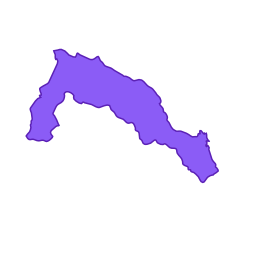 the border of Xaignabouri, rotated 295°
{"feature_id": "LAO-3278", "entity_name": "Xaignabouri", "entity_type": "Province", "adm_level": 1, "iso_a3": "LAO", "parent_name": "Laos", "parent_adm1": "", "projection": "natural_earth1", "projection_center": [101.237, 18.696], "detail": "fine", "context": "isolated", "style": "filled", "palette": "violet", "viewbox_px": 256, "rotation_deg": 295, "n_neighbors": 0, "source": "natural_earth", "source_scale": "10m", "svg_char_len": 4274}
<svg xmlns="http://www.w3.org/2000/svg" viewBox="0 0 256 256"><g transform="rotate(295 128 128)"><path d="M76.5,44.8L76.1,44.2L75.8,43.1L76.1,41.6L77.7,39.1L79.9,39.5L82.9,40.4L85.2,40.3L87.4,39.8L89.5,38.3L91.0,38.4L92.4,37.8L93.1,37.4L93.7,37.3L94.7,37.6L95.6,37.4L96.2,37.1L101.0,34.0L102.0,32.9L103.2,31.8L104.0,31.3L105.0,31.2L113.3,32.7L116.5,33.8L118.9,35.9L119.1,35.3L119.6,34.6L119.8,34.2L120.3,34.2L121.2,35.4L122.3,34.9L124.0,33.1L125.7,31.7L126.3,31.4L127.2,31.5L127.9,31.9L128.5,32.3L129.8,33.1L134.3,36.4L135.9,36.9L156.5,36.8L159.0,36.1L160.5,34.2L159.7,33.5L160.6,32.6L162.1,31.8L163.1,31.4L163.8,31.0L165.8,28.8L166.6,28.1L168.1,30.2L169.1,31.6L170.2,32.8L171.0,34.3L171.1,38.2L169.9,41.9L169.2,43.4L169.3,48.3L170.1,50.4L172.0,50.5L174.0,50.3L174.6,50.8L174.0,53.6L174.1,64.4L174.4,65.6L174.9,66.7L175.8,67.7L176.9,68.5L179.5,69.9L180.2,70.8L179.8,71.6L177.5,74.3L177.0,75.5L176.6,77.1L175.0,79.8L174.6,80.8L174.6,82.4L175.1,87.2L174.9,88.8L174.4,91.5L173.7,99.4L173.6,100.8L173.3,101.7L173.2,102.6L173.5,103.3L173.8,103.9L174.0,104.6L174.1,106.3L174.1,108.2L173.4,111.2L173.2,112.7L173.6,113.9L176.5,117.5L177.2,120.1L176.7,122.6L174.7,127.4L174.3,129.1L174.1,132.5L173.7,134.0L171.6,138.3L170.5,139.9L169.1,143.7L168.4,144.6L168.2,144.8L166.7,146.2L165.9,146.6L165.0,146.8L164.2,146.7L163.4,146.2L162.4,147.3L161.1,150.3L160.4,151.5L158.8,152.7L157.8,153.2L157.6,153.9L157.5,154.9L157.3,155.6L156.7,156.7L155.7,158.0L154.5,159.1L153.3,159.5L151.8,159.8L151.2,160.6L150.8,161.6L150.2,162.9L147.0,167.0L145.8,169.6L145.5,172.9L145.9,174.0L147.2,176.5L147.5,177.6L147.9,183.3L147.7,185.8L147.3,188.0L147.2,190.1L148.7,192.8L149.0,193.7L149.5,194.3L150.5,194.5L152.2,194.1L152.8,194.4L153.1,195.6L153.6,195.6L154.1,195.1L155.0,194.6L156.0,194.4L156.4,195.3L156.2,195.9L155.0,198.4L155.0,198.9L155.5,199.3L154.8,199.7L156.3,201.2L155.0,202.2L152.7,203.3L151.3,204.9L151.0,205.5L150.7,206.1L150.5,206.8L150.3,207.0L149.7,205.4L149.6,204.9L149.5,204.6L149.3,204.5L149.0,204.6L148.7,204.9L147.8,205.9L146.8,206.0L145.7,205.9L144.8,206.2L144.4,206.9L144.8,207.2L145.5,207.2L145.9,207.4L145.8,207.8L145.7,208.1L144.5,209.8L144.1,210.0L143.6,210.0L142.7,210.3L135.1,217.3L133.9,219.2L132.5,222.3L132.0,222.9L131.2,223.3L130.3,223.5L129.6,223.9L129.4,225.1L128.3,227.0L127.9,227.4L127.2,227.9L126.7,227.7L124.8,226.8L122.7,225.4L121.5,225.1L120.6,223.8L119.5,222.6L118.2,221.7L116.9,220.9L113.9,220.3L111.4,219.8L110.3,218.8L110.3,217.0L111.3,215.3L113.6,212.3L115.0,208.6L115.1,208.0L115.5,206.5L115.3,204.9L115.2,204.1L115.3,203.4L115.8,202.9L116.4,202.5L116.5,202.3L116.5,202.2L116.4,201.8L116.0,201.2L115.8,200.7L115.9,200.2L116.4,199.8L117.8,199.1L118.2,198.1L118.0,195.3L118.2,193.7L118.7,192.8L120.9,191.5L122.7,189.7L123.8,187.7L124.7,185.6L125.9,183.4L126.8,182.6L129.0,181.1L129.5,180.0L129.3,178.9L128.1,175.9L127.9,174.3L128.2,172.9L129.2,169.8L129.3,168.5L129.1,167.8L128.7,167.4L128.2,167.1L127.8,166.6L127.2,165.0L127.0,164.5L127.0,161.6L127.1,160.8L127.5,160.2L128.6,158.7L128.8,158.2L128.2,157.1L123.8,154.9L123.3,154.3L121.7,152.6L120.7,151.1L120.3,149.7L120.6,148.1L122.6,145.8L123.1,144.2L123.2,143.4L123.5,143.0L127.9,140.3L128.8,139.3L129.1,138.4L129.0,136.6L129.2,135.8L129.7,135.3L130.9,134.8L131.5,134.4L133.4,132.4L134.3,131.1L134.6,129.8L134.3,128.6L132.7,126.7L132.3,125.3L132.5,124.0L133.5,121.3L133.9,120.0L133.5,115.1L133.6,113.6L134.2,112.1L135.8,109.9L136.5,108.7L137.2,106.1L137.6,104.9L140.6,101.8L140.0,99.4L138.1,97.0L135.1,94.0L134.3,93.1L133.9,91.8L133.7,89.9L133.9,85.1L132.6,78.4L132.5,77.9L132.6,77.5L132.7,77.0L132.4,76.3L132.0,76.0L130.9,75.7L130.4,75.4L130.0,73.0L130.4,69.6L131.4,66.8L132.9,65.7L134.5,65.2L135.4,63.4L135.8,61.1L135.7,59.1L135.4,58.1L135.1,57.3L134.5,56.6L133.6,56.0L132.4,55.7L131.7,55.9L131.1,56.4L130.3,56.9L128.7,57.4L126.7,57.7L124.8,57.5L122.9,56.7L119.9,54.6L118.4,54.0L116.5,53.8L110.4,53.8L110.0,53.8L109.6,53.8L109.0,54.3L108.7,54.6L107.9,56.3L105.1,60.0L102.0,63.3L101.3,64.4L100.8,64.2L100.3,63.3L99.7,62.6L98.7,61.9L93.1,59.5L91.3,59.6L89.9,60.8L89.1,62.3L88.6,63.3L87.4,63.4L85.4,62.7L83.5,61.8L82.3,60.9L81.4,59.9L81.2,58.8L81.2,57.4L81.0,56.1L80.4,55.0L79.0,53.1L78.5,52.1L78.1,50.7L77.9,48.0L77.7,46.8L77.2,45.8L76.5,44.8Z" fill="#8b5cf6" stroke="#5b21b6" stroke-width="1.5"/></g></svg>